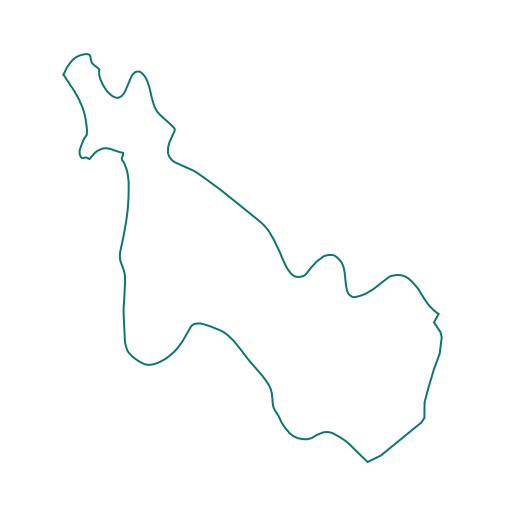 Tien Lang, Hải Phòng, Vietnam (Equal Earth projection), rotated 356°
{"feature_id": "81297802B70010606578992", "entity_name": "Tien Lang", "entity_type": "district", "adm_level": 2, "iso_a3": "VNM", "parent_name": "Vietnam", "parent_adm1": "Hải Phòng", "projection": "equal_earth", "projection_center": [106.556, 20.711], "detail": "fine", "context": "isolated", "style": "outline", "palette": "teal", "viewbox_px": 512, "rotation_deg": 356, "n_neighbors": 0, "source": "geoboundaries", "source_scale": "gbopen_adm2", "svg_char_len": 5120}
<svg xmlns="http://www.w3.org/2000/svg" viewBox="0 0 512 512"><g transform="rotate(356 256 256)"><path d="M112.7,58.8L111.3,57.4L108.7,55.1L106.8,53.3L105.7,51.7L105.3,50.4L104.9,47.8L104.7,45.7L104.3,44.3L103.4,43.4L102.0,42.9L100.5,42.8L99.5,42.7L97.5,43.0L94.1,43.7L91.3,44.7L89.1,46.0L86.9,47.5L84.3,50.2L82.0,52.9L80.6,54.7L77.6,59.9L76.4,61.7L77.0,62.3L77.6,63.3L78.0,64.0L78.3,64.5L78.5,65.0L78.9,65.9L79.4,66.7L79.8,67.4L80.3,68.2L80.9,69.1L81.2,69.7L81.5,70.3L82.0,71.1L82.2,71.6L82.5,72.2L83.0,73.3L83.2,73.8L83.6,74.3L84.1,74.9L84.6,75.6L84.9,76.3L85.7,77.8L86.2,78.6L86.6,79.4L86.9,80.3L87.8,82.0L88.1,82.6L88.4,83.3L88.9,84.2L89.7,86.1L90.1,87.0L90.6,88.0L90.9,89.2L91.3,90.3L92.0,92.0L92.7,94.2L93.1,95.3L93.3,96.0L93.7,97.1L93.9,98.3L94.2,99.4L94.4,100.2L95.1,103.9L95.2,105.2L95.3,106.1L95.5,107.0L95.6,107.9L95.7,109.3L95.7,110.2L95.8,111.6L96.0,113.4L96.1,114.5L96.1,115.1L96.1,116.0L96.2,118.2L96.2,118.5L96.2,119.3L96.2,119.8L95.8,121.6L95.7,122.4L95.6,123.1L95.5,123.6L95.4,123.8L95.0,124.1L93.5,125.9L92.3,127.7L92.2,128.1L91.1,130.1L90.7,130.9L89.3,133.9L87.8,137.4L87.3,139.3L87.2,142.4L87.7,143.5L88.3,145.2L88.8,145.9L89.1,146.1L89.4,146.2L89.8,146.3L90.3,146.3L90.8,146.1L91.4,146.0L92.0,145.9L92.8,145.8L93.4,145.8L93.9,146.0L94.4,146.3L94.9,146.6L96.6,147.7L102.0,142.3L104.8,140.2L108.8,138.6L111.2,138.0L114.2,138.1L117.5,138.8L122.1,140.7L127.1,142.8L130.6,143.8L130.5,145.6L130.0,147.0L129.2,148.2L128.9,149.1L128.9,149.9L129.1,150.8L129.5,151.6L130.5,153.1L131.2,154.7L132.3,158.5L132.9,160.3L133.2,161.9L133.5,163.6L133.8,166.3L134.0,169.7L134.1,171.5L134.1,173.6L133.9,177.0L132.9,188.9L131.5,199.1L130.9,202.7L130.8,203.2L129.0,212.0L126.5,222.1L126.3,223.1L123.7,232.4L121.4,240.4L120.9,242.0L120.6,243.4L120.3,245.4L120.2,246.8L120.2,248.5L120.2,249.8L120.4,251.1L120.7,252.7L122.9,260.2L123.2,261.6L123.6,263.4L123.8,265.4L123.8,267.9L123.8,268.3L123.5,273.5L122.3,283.6L120.9,294.5L120.2,299.3L120.2,299.7L119.9,304.5L119.8,308.9L119.6,317.3L119.4,327.4L119.3,328.8L119.3,331.8L119.4,334.0L119.8,335.9L120.2,338.1L120.7,339.8L121.2,341.5L121.8,342.7L122.9,344.3L124.8,346.7L125.7,347.7L127.1,349.0L129.9,351.4L131.8,352.8L135.5,355.2L137.7,356.3L138.9,356.7L139.1,356.7L141.2,357.1L144.2,357.1L147.2,356.7L150.3,355.8L152.7,355.0L157.9,352.6L160.7,351.0L163.6,348.9L167.4,346.1L169.9,343.8L172.9,340.6L175.0,338.0L176.4,336.4L178.0,334.1L180.7,330.0L182.0,328.2L186.3,321.7L186.9,321.2L187.7,320.5L188.6,320.0L189.7,319.5L191.2,319.3L195.0,319.3L196.2,319.5L199.3,320.5L205.8,323.1L215.7,328.0L218.6,329.8L223.3,334.0L227.1,338.2L230.7,343.0L230.8,343.2L235.3,349.9L235.8,350.7L241.3,359.0L251.7,372.9L253.8,375.7L256.3,379.5L259.0,384.0L260.3,386.8L261.5,390.3L262.1,393.5L262.3,395.6L262.4,400.4L262.4,404.0L262.8,407.7L263.6,410.2L264.4,412.1L265.8,414.3L267.4,417.4L269.9,423.9L272.1,427.9L274.0,430.7L275.9,433.2L276.9,434.9L280.1,437.8L280.5,438.2L284.7,440.5L288.4,441.6L290.9,442.1L294.3,442.4L297.0,441.9L299.3,441.3L303.9,438.9L307.0,437.8L310.0,436.9L311.8,436.5L315.0,436.6L317.5,437.1L320.0,438.0L322.7,439.8L327.1,442.6L331.0,445.6L335.0,449.1L352.9,469.3L366.5,463.8L377.1,456.4L378.2,455.6L409.2,433.7L412.7,429.3L412.8,427.7L414.0,413.5L419.0,399.0L425.4,381.9L432.4,366.3L435.6,350.2L434.7,344.8L428.9,334.7L434.1,326.6L430.6,323.6L428.3,321.2L424.7,316.8L420.7,310.1L419.9,308.6L415.4,299.9L412.7,296.2L410.2,292.9L406.6,289.2L403.7,287.0L399.9,285.4L395.5,284.8L391.1,285.1L390.2,285.2L387.7,285.9L375.8,293.8L370.8,297.2L365.1,300.2L362.5,301.4L359.0,302.5L355.7,303.3L353.4,303.7L351.4,304.0L350.7,303.9L348.6,303.1L346.8,301.6L345.3,299.6L344.3,296.3L343.8,292.0L343.7,291.1L343.3,279.0L342.8,274.4L341.9,270.9L340.6,267.9L339.3,266.0L336.1,262.4L333.9,260.8L331.8,260.2L328.6,260.1L325.6,260.4L324.6,260.7L322.9,261.3L321.6,262.3L317.7,264.7L315.9,265.9L314.3,267.6L312.1,269.6L310.3,271.2L310.0,271.6L307.9,273.9L305.1,277.0L303.3,278.7L300.8,279.5L298.9,279.8L296.7,279.9L294.9,279.6L293.1,278.9L291.5,277.8L289.5,275.8L287.9,273.2L287.5,272.6L287.4,272.6L285.8,269.6L284.9,267.5L283.3,263.3L282.5,261.4L281.1,257.2L280.6,255.3L278.9,251.0L278.0,248.8L276.3,244.6L275.6,242.7L273.9,238.8L272.8,236.8L271.0,233.0L270.1,231.5L269.5,230.6L269.0,229.9L267.4,227.6L265.5,225.3L263.7,223.2L242.6,203.5L231.3,193.1L226.4,188.5L209.8,174.4L208.8,173.6L204.2,169.8L199.4,166.4L181.3,156.7L179.4,155.0L178.2,153.7L176.7,151.5L176.0,149.5L175.6,148.0L175.4,146.3L175.6,144.2L175.8,142.5L176.2,140.6L177.8,136.0L182.2,127.9L183.3,126.0L183.7,124.6L183.7,123.4L183.2,122.5L180.6,119.4L170.4,108.9L169.3,107.5L167.5,105.1L166.0,102.2L165.3,100.5L164.4,97.0L163.0,90.5L161.6,81.5L161.2,79.3L160.3,76.2L159.8,74.2L159.2,72.4L158.0,69.9L156.9,68.0L155.5,66.3L153.7,64.5L152.1,63.8L150.7,63.7L148.8,64.0L147.3,64.9L145.8,66.1L144.1,68.6L143.0,70.7L137.3,81.9L135.8,84.3L134.7,85.5L133.6,86.6L132.6,87.4L131.7,87.8L131.4,87.9L129.9,88.5L128.7,88.6L126.6,88.0L124.9,87.1L123.9,86.4L122.6,85.3L121.3,84.1L120.0,82.6L118.9,81.2L117.8,79.4L116.4,76.9L115.3,74.7L114.2,71.9L113.0,68.7L112.3,65.4L112.3,61.2L112.7,58.8Z" fill="none" stroke="#0f766e" stroke-width="2"/></g></svg>